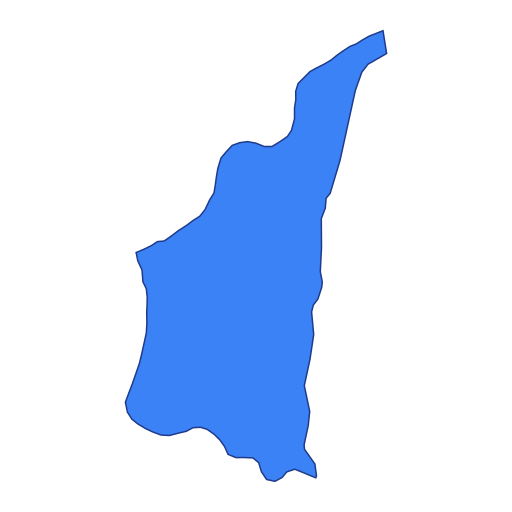 III-1 Essequibo Islands, Essequibo Islands-West Demerara, Guyana
{"feature_id": "73187651B403858167670", "entity_name": "III-1 Essequibo Islands", "entity_type": "district", "adm_level": 2, "iso_a3": "GUY", "parent_name": "Guyana", "parent_adm1": "Essequibo Islands-West Demerara", "projection": "robinson", "projection_center": [-58.686, 6.757], "detail": "fine", "context": "isolated", "style": "filled", "palette": "blue", "viewbox_px": 512, "rotation_deg": 0, "n_neighbors": 0, "source": "geoboundaries", "source_scale": "gbopen_adm2", "svg_char_len": 1458}
<svg xmlns="http://www.w3.org/2000/svg" viewBox="0 0 512 512"><path d="M137.8,260.9L142.0,269.9L142.9,281.7L146.3,288.8L147.2,296.8L147.1,304.7L146.7,312.7L146.9,323.2L146.3,333.1L143.9,344.0L142.0,352.6L139.5,363.1L135.8,373.9L132.2,384.2L129.0,392.5L125.4,402.2L127.4,412.1L131.9,419.2L137.8,423.9L145.8,428.7L152.4,431.8L160.9,435.0L169.3,435.5L179.0,433.0L186.3,431.3L193.0,427.7L200.6,427.3L207.1,429.3L214.4,434.5L220.0,440.1L224.6,446.6L228.1,454.4L235.9,457.6L243.2,457.5L252.9,457.9L258.7,462.7L261.4,471.7L266.6,479.5L275.0,481.3L282.1,477.5L286.8,471.9L294.8,469.2L315.8,477.8L316.5,475.9L314.9,464.0L304.5,449.3L304.1,444.8L308.2,425.6L309.7,411.4L304.3,385.7L310.0,359.2L313.7,334.6L311.6,311.9L313.3,305.1L317.9,299.0L321.7,287.4L322.3,282.1L320.3,271.7L321.5,247.5L321.3,218.6L325.3,208.1L326.1,198.3L330.2,193.2L340.0,160.5L355.3,90.6L361.8,72.2L368.0,64.2L386.6,53.5L383.0,30.7L369.4,36.0L362.7,39.8L356.3,43.9L350.0,46.4L343.1,50.9L336.8,55.4L331.0,60.1L323.5,64.5L316.2,68.1L310.1,71.5L298.1,83.5L295.7,91.4L295.8,99.8L294.5,108.0L294.5,118.9L291.5,130.3L287.4,136.5L279.7,141.8L272.0,146.5L264.2,146.5L256.0,143.2L247.5,141.6L239.6,142.7L232.2,145.4L226.4,151.6L221.0,158.0L217.8,168.5L216.4,176.9L215.3,185.1L214.0,193.0L209.7,199.8L205.0,209.7L199.9,216.1L193.2,220.4L186.1,225.7L178.7,230.4L171.2,236.1L164.1,241.0L157.4,241.6L151.2,245.7L143.8,249.3L136.1,252.5L137.8,260.9Z" fill="#3b82f6" stroke="#1e3a8a" stroke-width="1.5"/></svg>